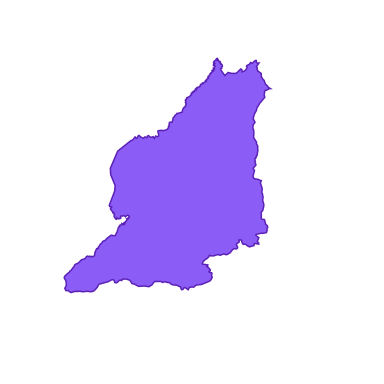 the district of Renacimiento, Chiriquí, Panama, rotated 208°
{"feature_id": "35544464B69135506248692", "entity_name": "Renacimiento", "entity_type": "district", "adm_level": 2, "iso_a3": "PAN", "parent_name": "Panama", "parent_adm1": "Chiriquí", "projection": "natural_earth1", "projection_center": [-82.783, 8.748], "detail": "fine", "context": "isolated", "style": "filled", "palette": "violet", "viewbox_px": 384, "rotation_deg": 208, "n_neighbors": 0, "source": "geoboundaries", "source_scale": "gbopen_adm2", "svg_char_len": 6092}
<svg xmlns="http://www.w3.org/2000/svg" viewBox="0 0 384 384"><g transform="rotate(208 192 192)"><path d="M259.1,47.2L257.0,45.7L255.0,46.8L253.3,46.4L251.4,46.5L249.2,48.9L247.9,49.5L247.7,50.0L246.0,50.6L244.5,51.7L242.0,52.4L237.4,55.4L235.2,56.1L233.7,57.0L232.3,58.4L231.6,60.4L230.9,63.4L231.0,66.2L230.5,67.2L223.7,73.6L222.2,76.1L220.9,77.4L220.1,77.6L219.3,77.3L217.6,75.8L216.1,76.3L215.5,77.1L214.6,80.0L213.5,80.7L212.5,80.8L212.4,82.4L209.2,84.3L205.4,84.9L202.1,83.0L199.5,83.6L194.8,83.6L190.0,86.6L185.5,88.2L183.8,91.1L183.1,95.3L177.8,98.3L175.3,98.4L174.2,99.9L170.8,100.7L169.3,101.5L167.8,100.9L165.7,100.9L161.7,102.5L157.6,102.8L155.8,101.1L155.2,100.9L154.2,101.8L154.2,103.1L153.7,104.2L151.4,104.3L150.4,103.9L149.5,103.9L149.5,106.2L149.2,106.7L147.7,108.0L145.8,108.8L144.6,111.8L140.1,114.9L134.5,121.7L134.0,123.5L134.1,126.3L135.5,127.2L136.2,129.7L136.7,129.9L138.9,129.3L139.6,129.5L139.8,130.1L139.0,131.1L139.3,131.9L141.7,132.9L143.3,133.0L143.3,133.9L144.2,133.7L144.0,135.0L148.8,133.3L149.4,133.7L149.5,135.6L148.4,139.1L147.6,140.0L146.7,142.8L146.9,144.3L145.4,144.4L142.7,145.9L139.9,148.9L137.5,149.3L134.7,152.4L132.8,152.5L131.6,153.3L129.7,156.5L129.2,159.9L128.6,161.2L128.1,161.8L126.3,162.4L125.8,162.9L125.5,164.1L125.8,164.7L128.1,166.3L128.1,167.7L126.9,169.7L127.1,170.5L128.1,171.5L127.6,171.9L126.3,172.6L125.5,172.6L123.9,170.6L122.1,169.8L120.9,170.8L120.0,171.0L118.1,170.5L115.5,170.5L112.1,173.8L112.8,175.2L112.5,176.0L108.6,177.3L109.2,178.3L111.1,178.8L111.5,183.0L115.2,183.6L115.6,184.2L115.1,185.0L111.4,188.2L110.3,188.6L107.2,191.1L107.5,193.0L108.8,195.3L108.5,196.3L109.7,197.6L111.8,198.1L114.9,201.5L115.5,201.6L117.2,200.8L118.1,201.0L118.7,201.6L120.0,204.4L121.3,206.1L120.9,209.1L122.1,213.6L123.2,215.3L125.7,217.8L127.0,221.2L127.8,221.8L128.7,223.3L130.3,224.5L131.0,226.8L131.9,228.3L135.8,232.1L136.2,234.6L137.4,234.2L139.2,234.3L143.1,233.0L144.3,233.4L145.6,234.7L146.9,240.3L148.7,241.2L149.1,241.8L148.2,245.7L149.0,246.8L149.9,247.1L150.5,248.4L150.4,248.9L151.1,249.3L152.0,250.7L151.6,251.6L151.9,252.0L151.6,252.8L152.0,253.7L151.7,254.7L153.5,260.0L154.6,261.3L155.3,263.2L157.8,264.9L158.4,266.3L163.1,268.9L165.3,273.6L167.1,276.2L168.1,276.7L168.5,277.4L169.5,280.0L169.1,283.2L172.5,285.5L173.5,290.3L173.4,294.3L174.1,296.1L174.1,297.1L173.8,302.2L172.2,309.8L174.1,312.0L174.6,314.0L175.2,315.2L175.0,316.0L173.8,317.1L172.3,319.5L171.3,320.1L174.0,320.3L175.1,321.1L177.7,321.7L180.9,324.5L182.1,324.7L185.0,326.5L186.6,329.2L189.5,329.6L190.6,329.5L191.2,330.4L192.1,330.7L192.7,332.3L194.0,332.9L193.4,337.3L194.5,336.6L195.6,336.6L196.1,336.8L197.0,338.3L197.8,337.9L198.5,336.4L199.0,334.2L199.4,333.9L200.9,334.0L201.2,333.3L201.3,331.6L202.8,329.7L203.0,328.6L202.0,328.2L201.8,327.7L201.8,325.2L202.5,323.5L204.2,321.6L205.5,323.5L206.7,323.6L208.6,317.6L212.5,315.4L216.2,314.5L217.7,310.2L224.0,313.4L224.6,314.5L223.8,315.2L224.5,316.8L224.2,317.4L225.2,318.5L226.2,318.8L226.7,318.5L227.1,319.0L227.6,319.0L227.7,319.9L228.6,320.4L229.1,319.8L230.9,321.0L231.2,320.2L231.6,320.0L231.8,320.4L231.6,321.0L232.4,321.2L232.1,322.4L232.9,321.2L233.1,319.2L233.9,317.8L233.8,316.5L233.0,316.4L232.8,315.8L232.3,316.0L232.4,315.4L233.0,315.3L232.6,314.0L231.5,314.5L230.8,314.1L231.3,313.4L230.8,312.9L230.9,312.3L230.3,312.0L230.2,311.5L231.0,311.2L230.1,310.7L230.6,310.3L230.1,309.8L230.6,309.5L230.4,309.0L231.0,309.0L231.3,308.7L230.4,308.3L230.9,308.0L230.6,307.2L231.2,306.4L230.8,305.7L231.6,305.0L231.2,304.1L231.6,303.0L231.3,302.2L232.0,301.8L231.8,300.8L231.3,300.7L231.4,300.2L231.0,300.0L231.8,298.9L231.6,298.1L232.0,297.8L232.4,296.7L231.5,296.3L232.1,295.8L232.1,295.0L232.7,294.6L233.0,293.8L233.6,293.5L233.4,292.6L234.0,292.7L234.3,291.5L234.9,291.0L234.7,290.5L234.9,290.0L234.6,289.7L234.4,288.8L235.2,287.8L235.7,287.7L236.4,286.9L236.1,286.0L236.9,285.9L237.0,284.9L236.4,284.3L237.3,284.3L237.0,282.6L237.6,282.3L237.1,281.7L238.5,280.6L237.9,279.9L238.9,279.1L238.5,278.6L238.8,278.0L238.2,277.3L239.4,274.6L240.9,272.7L240.5,272.2L240.7,271.7L240.5,271.0L241.0,270.6L240.8,269.6L240.0,269.3L239.8,267.8L238.5,267.2L238.6,266.6L238.2,266.2L238.3,264.8L237.9,264.2L238.6,263.4L238.5,262.9L239.0,262.2L238.8,259.8L238.2,257.8L240.0,256.2L240.4,255.5L242.2,254.4L242.2,253.4L243.0,251.7L243.0,250.3L243.5,248.7L242.6,246.0L242.4,244.0L243.5,243.9L244.6,242.8L243.8,240.4L243.0,239.7L243.6,238.8L242.9,237.4L243.5,235.2L246.4,232.4L247.3,232.5L247.8,231.9L248.7,231.7L250.7,230.1L250.6,229.4L248.6,227.3L247.8,225.7L248.3,224.6L250.4,224.3L250.5,221.6L252.4,222.6L253.4,221.4L254.7,220.8L256.8,221.4L257.6,220.5L257.5,218.7L259.4,218.6L260.2,216.6L263.5,216.5L265.2,217.1L265.8,216.6L266.0,213.4L266.7,213.3L268.1,213.9L268.8,209.9L270.0,208.9L276.8,193.2L275.2,174.5L271.9,169.1L262.9,161.6L260.7,156.4L258.8,141.3L257.7,140.5L256.5,141.2L255.9,141.1L255.7,140.6L256.2,139.2L255.7,138.5L252.7,137.1L251.6,137.1L251.9,136.4L249.9,135.8L249.5,134.1L248.9,133.5L246.4,132.3L245.9,132.4L246.1,134.0L245.3,133.7L243.9,133.9L243.5,134.8L242.7,135.1L242.6,135.6L243.6,136.9L243.3,137.7L242.3,138.0L240.6,139.3L239.0,138.9L238.4,140.9L237.8,141.4L236.0,141.2L235.7,140.7L236.0,140.1L235.6,139.3L236.3,139.0L235.9,138.3L237.1,137.6L236.4,137.1L236.3,136.6L236.8,134.2L237.6,133.1L237.4,132.7L237.0,133.3L236.6,133.1L236.4,131.5L237.0,131.3L237.7,132.0L238.3,131.1L239.1,131.2L238.7,130.3L239.2,130.0L239.2,129.4L240.0,129.0L240.2,128.0L239.7,127.2L240.4,126.4L239.8,124.0L239.8,123.0L239.3,121.6L239.5,120.3L239.2,117.6L241.2,116.3L242.5,116.3L243.2,115.7L245.1,111.8L246.0,108.5L247.7,106.4L247.6,104.8L248.4,103.0L248.6,99.7L248.9,99.3L248.3,98.2L248.6,97.7L249.4,97.5L249.6,97.2L249.3,92.7L248.5,91.6L248.4,89.5L249.1,88.5L250.3,88.1L250.7,87.3L252.1,87.4L253.1,86.4L254.3,86.3L254.9,85.3L255.0,83.6L255.4,82.6L257.8,80.3L258.6,77.1L259.8,74.8L260.9,73.7L261.4,72.3L261.1,70.7L261.7,68.9L261.8,66.5L262.6,65.0L262.7,63.5L263.6,61.6L264.8,58.2L264.8,56.9L264.3,56.0L261.7,54.4L260.5,52.9L259.1,50.3L259.1,47.2Z" fill="#8b5cf6" stroke="#5b21b6" stroke-width="1.5"/></g></svg>